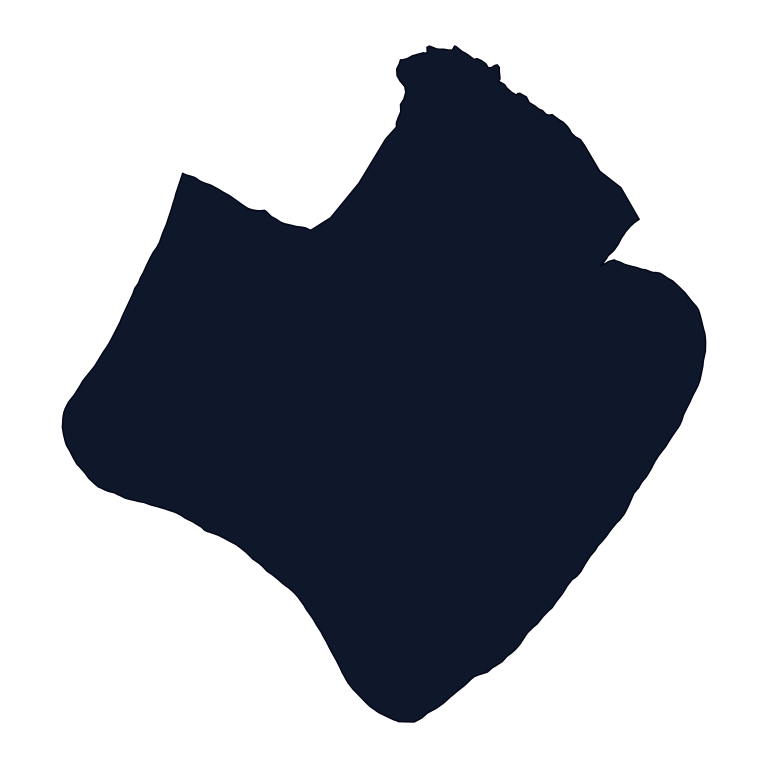 outline of Barentu, Gash Barka, Eritrea
{"feature_id": "51966322B45373579076089", "entity_name": "Barentu", "entity_type": "district", "adm_level": 2, "iso_a3": "ERI", "parent_name": "Eritrea", "parent_adm1": "Gash Barka", "projection": "equal_earth", "projection_center": [37.661, 15.11], "detail": "fine", "context": "isolated", "style": "filled", "palette": "ink", "viewbox_px": 768, "rotation_deg": 0, "n_neighbors": 0, "source": "geoboundaries", "source_scale": "gbopen_adm2", "svg_char_len": 4788}
<svg xmlns="http://www.w3.org/2000/svg" viewBox="0 0 768 768"><path d="M639.1,219.3L620.9,187.7L599.7,171.2L584.7,145.8L580.4,139.6L575.3,136.8L571.4,133.1L569.3,129.1L566.4,125.4L563.2,122.3L559.2,119.9L555.8,117.4L552.1,114.6L549.1,115.2L545.9,114.3L542.5,110.6L538.6,109.0L534.9,106.0L531.7,104.1L529.2,102.6L526.4,97.0L519.8,93.3L517.7,93.6L516.6,95.2L511.7,92.4L506.9,88.1L504.6,84.7L499.8,81.9L498.6,81.3L500.0,78.8L499.3,71.1L499.3,67.4L497.3,64.9L494.7,65.5L492.0,67.4L488.3,68.0L486.0,64.0L481.4,60.6L477.1,58.7L473.9,59.4L469.0,55.6L464.9,52.9L462.2,51.6L456.2,46.7L454.6,46.1L452.3,50.1L448.8,50.1L443.3,49.2L440.3,49.3L436.8,49.0L431.5,46.9L429.3,46.1L426.9,47.4L427.2,50.3L427.2,52.8L425.0,53.2L423.4,52.8L412.6,55.7L407.3,58.6L402.6,59.9L400.5,59.9L399.2,64.0L396.7,69.1L397.1,75.7L399.9,80.7L404.8,86.6L405.8,92.4L403.9,99.1L400.5,104.5L400.8,111.6L398.0,118.3L396.4,122.9L396.4,127.1L385.7,139.0L359.0,183.1L330.6,217.8L310.8,230.3L309.2,229.7L307.2,228.7L304.9,227.7L301.0,227.1L298.2,226.8L296.5,226.6L293.0,225.7L287.4,224.4L284.7,223.8L281.3,222.5L279.6,221.6L276.8,219.6L272.9,217.4L271.4,216.7L268.5,213.8L267.5,212.8L266.3,211.6L265.4,211.0L264.6,210.4L263.2,210.5L261.1,210.7L258.8,210.8L255.8,210.5L251.9,209.8L250.1,209.2L248.0,208.5L245.7,207.1L243.9,205.9L239.9,203.1L236.2,200.4L232.4,197.7L229.2,195.5L223.3,192.3L218.6,189.4L214.0,186.9L211.5,185.5L208.3,184.3L205.2,183.3L202.1,182.1L198.9,180.5L197.8,179.5L195.7,178.1L193.9,177.2L192.3,176.7L189.3,175.8L186.6,175.1L182.7,173.4L178.1,187.2L175.9,193.7L175.0,197.4L172.9,204.0L171.3,209.6L168.9,216.8L166.5,224.2L163.0,232.5L161.0,238.0L159.6,242.3L156.5,247.9L153.4,252.1L149.9,258.6L146.2,266.3L143.3,272.8L140.4,277.9L138.6,282.9L134.8,288.4L132.9,293.9L130.2,299.7L127.0,306.5L122.2,316.7L120.0,322.3L115.8,330.5L112.4,337.1L109.0,343.5L106.1,348.0L103.2,352.2L99.0,359.1L94.8,366.0L90.0,372.0L86.0,376.9L83.0,380.7L79.8,386.2L74.5,394.6L68.5,402.2L65.4,408.3L64.1,411.7L63.2,415.9L62.9,418.9L62.4,427.3L63.4,433.7L65.3,441.7L66.7,445.7L69.6,450.5L73.1,457.4L76.9,464.1L80.2,467.5L84.9,472.9L88.9,478.4L94.4,483.5L98.5,487.0L100.9,487.9L104.9,489.9L108.3,491.3L114.5,492.8L118.0,494.7L119.2,495.1L123.0,497.0L125.4,498.2L129.6,499.3L132.4,499.9L139.0,501.5L144.0,502.4L150.2,504.7L157.3,506.6L160.7,507.6L165.5,509.0L169.1,510.3L172.7,511.4L175.8,512.6L177.0,513.1L181.5,515.5L184.5,517.6L188.0,519.5L192.1,521.4L197.8,524.9L201.5,527.1L202.8,528.3L203.6,529.2L204.9,530.3L207.5,531.6L209.4,532.0L213.5,533.5L217.8,535.0L221.0,536.5L225.3,538.8L230.5,541.6L236.2,544.6L241.7,548.7L245.9,552.1L249.7,555.8L252.8,559.0L259.4,563.5L263.0,566.8L267.2,571.3L272.1,574.5L275.3,577.1L278.4,579.6L282.0,582.9L285.7,585.8L288.5,587.7L292.4,591.1L294.8,593.4L298.0,597.0L301.0,601.2L303.8,605.0L306.5,609.7L309.6,613.9L313.3,619.3L316.5,624.9L321.1,632.0L323.8,637.2L326.3,641.5L329.2,647.3L333.1,654.6L335.8,659.3L339.8,667.1L342.4,672.8L344.5,676.5L345.9,679.1L348.1,682.9L353.2,689.4L355.8,692.0L361.7,698.1L366.1,702.7L370.0,706.4L374.1,709.3L378.6,712.5L383.0,714.6L386.6,716.4L393.6,719.7L396.5,720.6L398.5,721.6L410.1,721.9L414.4,721.9L421.5,718.1L424.3,715.7L427.4,713.0L436.2,708.3L443.5,703.1L450.0,697.2L457.2,691.2L464.8,685.2L470.7,679.5L473.9,676.8L478.3,674.9L483.5,673.3L487.5,672.0L491.8,668.1L495.6,665.8L502.3,661.5L506.8,656.4L511.5,652.9L515.8,649.0L519.7,644.5L523.5,638.7L527.4,632.8L533.0,627.3L537.3,623.7L543.0,616.5L548.2,611.1L552.1,607.7L556.2,601.6L562.4,593.7L567.4,585.5L572.3,579.4L574.7,577.8L577.2,575.8L580.8,571.5L582.7,568.1L585.0,564.1L590.1,556.2L595.0,550.5L597.7,546.0L599.8,543.7L602.2,541.2L603.8,539.2L606.1,536.5L609.8,531.2L611.8,528.6L616.5,522.9L619.3,520.3L623.1,515.5L624.8,513.0L628.5,505.6L629.6,503.0L633.8,493.4L634.9,492.0L637.0,489.4L638.4,488.1L640.6,484.0L642.2,481.6L646.2,476.9L650.9,469.2L654.8,461.5L658.4,455.9L660.8,452.7L665.6,446.6L668.6,441.7L671.7,436.8L676.2,430.3L677.8,428.1L679.8,424.9L681.8,420.3L683.6,414.5L687.0,407.6L689.7,402.4L692.6,395.8L695.9,389.6L698.3,384.7L700.1,379.4L701.2,374.1L702.8,366.2L703.3,360.9L704.4,355.8L705.4,351.0L705.6,341.6L705.2,336.5L704.8,333.6L703.1,327.4L701.7,321.4L700.7,317.5L699.5,313.1L698.4,309.8L696.7,307.0L693.1,302.9L690.0,299.2L688.4,297.1L685.1,292.9L678.1,286.0L672.8,281.1L667.0,277.8L663.3,275.2L660.1,273.3L656.5,272.6L652.9,272.5L649.6,271.4L645.6,269.8L641.7,269.3L637.1,267.7L632.2,266.5L627.7,265.3L625.1,264.6L623.2,263.7L621.4,262.8L619.9,262.1L616.7,261.1L615.7,260.8L614.3,259.9L612.5,260.4L611.1,260.8L609.7,261.2L608.2,261.7L606.5,262.9L604.2,264.1L601.2,265.2L603.5,262.5L606.4,258.6L608.1,255.7L613.1,251.2L614.6,249.4L618.4,243.9L621.3,238.2L623.7,234.7L625.5,231.9L630.3,226.2L634.3,222.7L637.6,220.3L639.1,219.3Z" fill="#0f172a" stroke="#020617" stroke-width="1.5"/></svg>